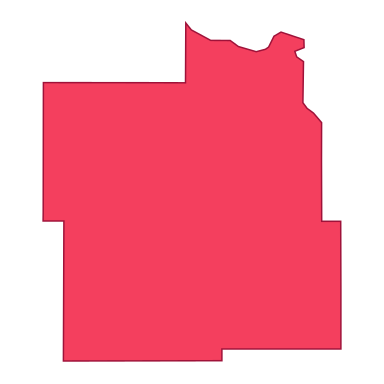 Dunn, North Dakota, United States of America
{"feature_id": "52423323B13029471752961", "entity_name": "Dunn", "entity_type": "district", "adm_level": 2, "iso_a3": "USA", "parent_name": "United States of America", "parent_adm1": "North Dakota", "projection": "equal_earth", "projection_center": [-102.465, 47.402], "detail": "fine", "context": "isolated", "style": "filled", "palette": "rose", "viewbox_px": 384, "rotation_deg": 0, "n_neighbors": 0, "source": "geoboundaries", "source_scale": "gbopen_adm2", "svg_char_len": 517}
<svg xmlns="http://www.w3.org/2000/svg" viewBox="0 0 384 384"><path d="M340.9,349.0L340.9,290.4L340.7,221.3L321.7,221.3L321.5,160.5L321.6,122.6L313.5,113.1L307.1,108.4L302.9,102.7L303.5,61.6L296.7,56.9L294.8,51.3L304.1,47.6L303.9,39.7L281.0,32.1L274.0,36.2L268.6,47.1L265.4,49.3L256.2,51.7L238.3,46.5L230.2,40.5L210.7,40.4L191.3,29.9L185.8,23.0L185.5,82.8L141.6,82.7L43.4,82.6L43.2,212.3L43.1,221.0L63.9,221.0L63.4,361.0L221.9,360.7L221.9,349.0L340.9,349.0Z" fill="#f43f5e" stroke="#9f1239" stroke-width="1.5"/></svg>